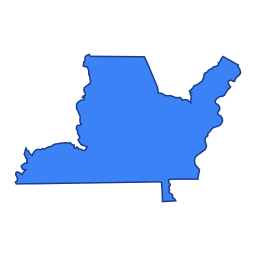 São Mateus do Maranhão, Maranhão, Brazil (Mercator projection)
{"feature_id": "56859067B61548310814974", "entity_name": "São Mateus do Maranhão", "entity_type": "district", "adm_level": 2, "iso_a3": "BRA", "parent_name": "Brazil", "parent_adm1": "Maranhão", "projection": "mercator", "projection_center": [-44.527, -3.987], "detail": "fine", "context": "isolated", "style": "filled", "palette": "blue", "viewbox_px": 256, "rotation_deg": 0, "n_neighbors": 0, "source": "geoboundaries", "source_scale": "gbopen_adm2", "svg_char_len": 3086}
<svg xmlns="http://www.w3.org/2000/svg" viewBox="0 0 256 256"><path d="M175.7,200.8L174.4,198.7L172.5,197.5L172.7,195.8L172.0,194.3L169.8,193.2L168.6,192.1L169.6,190.3L169.1,188.2L169.1,186.2L170.3,185.4L169.9,183.9L168.7,182.2L168.6,179.7L172.3,179.1L194.8,179.1L198.0,179.1L198.0,177.3L199.1,172.0L199.5,169.7L196.0,165.6L194.9,163.6L194.5,161.4L194.5,159.8L195.0,157.8L195.9,156.4L197.7,155.0L200.3,153.1L202.1,151.8L204.2,150.2L205.5,149.0L206.5,146.1L205.7,143.3L205.0,140.8L205.1,138.6L206.1,137.1L207.9,135.7L207.5,133.8L208.7,132.7L210.8,130.5L212.0,128.5L215.1,127.0L218.4,126.1L220.2,125.0L221.3,123.8L222.3,121.8L222.6,120.3L222.2,118.3L221.2,116.4L217.9,114.4L217.8,112.3L219.4,110.1L219.8,108.0L219.1,106.1L218.2,104.9L216.7,103.9L215.5,103.1L215.3,101.0L216.6,98.6L219.7,96.7L223.3,96.0L224.7,94.9L226.6,91.5L227.9,89.6L229.3,88.6L230.6,86.9L229.1,85.0L228.1,82.7L228.7,80.9L230.8,80.0L232.7,81.2L234.5,81.4L235.1,79.8L235.9,78.0L237.7,76.4L239.4,74.9L240.6,73.0L240.2,70.9L239.7,69.3L238.0,66.6L238.5,65.2L233.6,62.4L223.1,56.5L221.8,57.9L220.8,59.6L219.9,61.7L218.3,62.9L218.4,64.9L216.5,66.2L213.5,66.9L211.6,68.6L208.7,70.1L206.7,72.4L204.9,73.1L204.1,74.4L203.8,76.8L202.6,80.0L201.6,81.5L200.0,82.6L197.2,84.6L194.9,85.4L193.6,86.2L193.1,87.6L191.7,89.1L189.4,91.0L191.4,92.6L189.9,93.2L191.1,96.0L191.1,98.4L190.5,100.8L190.8,102.7L189.1,101.6L187.8,100.2L186.3,99.7L184.2,99.8L181.9,100.1L181.5,98.4L179.9,97.4L177.7,97.7L175.5,97.5L173.3,96.6L171.0,95.8L168.9,95.6L167.3,95.8L165.1,95.4L163.0,94.0L161.1,93.2L158.4,93.2L157.5,87.3L147.3,63.0L144.4,56.8L90.3,56.3L89.1,54.4L87.3,55.1L85.5,56.3L84.9,58.0L85.3,60.4L83.5,62.3L83.7,64.1L83.2,65.9L84.6,66.7L86.6,66.4L88.2,69.0L88.8,70.9L88.7,73.3L88.9,74.9L89.8,76.4L89.9,78.3L90.5,80.9L90.3,83.1L88.8,84.1L87.8,85.2L86.4,86.1L84.3,87.6L83.8,90.3L84.5,92.2L85.3,93.5L85.1,95.4L83.3,96.0L82.4,97.5L84.1,97.2L84.4,98.8L82.6,100.1L80.8,100.3L78.9,101.4L76.7,103.8L76.5,105.8L76.6,108.7L77.8,110.7L78.9,113.5L80.0,115.9L80.2,117.7L79.9,120.0L80.2,122.6L81.3,124.5L79.4,125.3L77.7,125.3L76.5,126.7L76.3,129.0L77.6,130.7L77.7,133.5L78.6,135.0L79.9,137.5L78.0,139.9L79.2,141.7L80.5,144.0L82.5,145.4L84.0,145.7L85.7,146.2L87.4,147.1L86.2,148.1L85.6,149.9L84.0,150.4L82.5,150.3L81.2,149.3L78.8,148.7L76.9,146.9L75.9,148.0L73.9,147.6L74.3,145.2L72.4,144.8L71.0,143.4L69.7,142.5L68.0,143.3L65.9,142.6L64.1,143.0L62.2,143.0L60.0,143.2L58.1,143.8L56.1,143.9L54.1,144.4L50.9,146.6L48.2,147.0L44.3,149.2L42.6,148.5L40.7,149.8L37.8,149.3L35.7,150.2L33.9,151.9L32.9,153.7L32.3,155.4L30.4,154.1L29.1,152.6L28.6,151.0L26.9,150.2L26.0,148.2L25.3,150.0L24.9,152.3L24.2,154.1L25.2,155.9L25.8,158.0L27.3,159.0L26.6,160.9L27.3,163.0L24.8,163.2L21.2,166.0L21.8,167.8L22.9,169.4L25.6,169.7L24.4,171.1L22.7,173.2L21.9,174.6L20.8,173.5L18.6,172.3L17.1,171.8L15.8,172.9L15.8,174.9L17.0,177.3L17.6,179.6L16.7,181.3L15.4,182.0L16.3,183.9L28.0,183.7L31.0,183.7L35.5,183.7L61.7,183.3L81.3,183.0L95.3,182.8L141.2,182.1L159.1,181.8L161.6,182.3L162.1,190.7L162.3,195.2L162.5,201.6L175.7,200.8Z" fill="#3b82f6" stroke="#1e3a8a" stroke-width="1.5"/></svg>